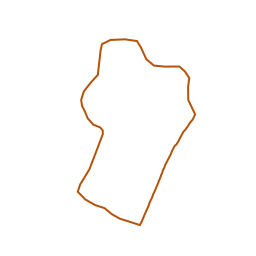 outline of Parque del Plata, Canelones, Uruguay, rotated 317°
{"feature_id": "84410073B26612112301697", "entity_name": "Parque del Plata", "entity_type": "district", "adm_level": 2, "iso_a3": "URY", "parent_name": "Uruguay", "parent_adm1": "Canelones", "projection": "robinson", "projection_center": [-55.721, -34.756], "detail": "fine", "context": "isolated", "style": "outline", "palette": "amber", "viewbox_px": 256, "rotation_deg": 317, "n_neighbors": 0, "source": "geoboundaries", "source_scale": "gbopen_adm2", "svg_char_len": 1236}
<svg xmlns="http://www.w3.org/2000/svg" viewBox="0 0 256 256"><g transform="rotate(317 128 128)"><path d="M70.5,207.1L73.8,205.9L75.2,205.3L78.8,203.7L82.9,201.9L89.0,199.4L93.6,197.0L97.6,195.5L102.0,193.3L105.0,192.2L111.1,189.4L112.8,188.7L114.3,187.8L115.6,187.3L116.7,186.9L117.7,186.3L118.8,185.8L119.7,185.3L120.6,184.8L121.5,184.5L122.2,184.3L123.0,183.8L123.7,183.2L125.0,182.7L126.2,182.2L127.5,181.8L128.8,181.1L129.9,180.4L131.6,179.9L133.5,179.2L135.1,178.6L137.4,177.8L139.8,176.9L141.6,176.3L143.6,175.3L144.9,174.7L146.1,174.2L146.9,174.0L148.6,173.4L150.5,172.9L152.0,173.1L155.5,172.2L159.5,170.7L166.1,168.5L168.2,168.4L169.8,168.2L171.7,167.8L173.6,167.4L175.1,166.9L176.8,166.4L177.9,166.4L179.0,166.1L180.9,166.0L184.0,164.8L186.4,163.8L191.2,148.6L199.7,139.2L206.9,133.2L208.2,125.6L207.5,118.1L196.5,107.9L189.5,100.0L188.3,90.1L192.2,78.5L193.9,70.6L186.3,61.1L176.9,53.1L175.2,51.7L166.2,48.9L161.1,52.4L146.9,64.5L142.1,68.6L132.6,69.3L120.7,71.1L112.9,75.5L109.4,80.7L107.7,86.6L105.1,93.6L104.9,101.7L108.1,108.8L107.8,112.6L105.4,115.3L89.2,123.3L71.6,131.9L54.7,136.6L47.8,140.3L48.0,151.0L51.4,162.0L56.1,170.4L57.5,180.3L60.1,188.5L70.5,207.1Z" fill="none" stroke="#b45309" stroke-width="2"/></g></svg>